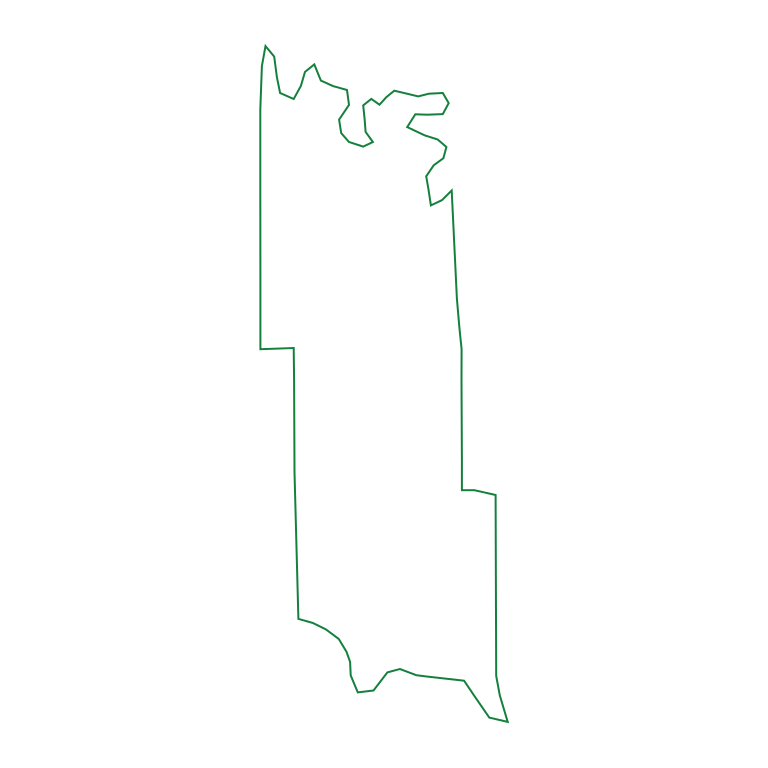 Salvador das Missões, Rio Grande do Sul, Brazil (Albers equal-area conic projection)
{"feature_id": "56859067B44192051528509", "entity_name": "Salvador das Missões", "entity_type": "district", "adm_level": 2, "iso_a3": "BRA", "parent_name": "Brazil", "parent_adm1": "Rio Grande do Sul", "projection": "albers", "projection_center": [-54.83, -28.098], "detail": "fine", "context": "isolated", "style": "outline", "palette": "green", "viewbox_px": 768, "rotation_deg": 0, "n_neighbors": 0, "source": "geoboundaries", "source_scale": "gbopen_adm2", "svg_char_len": 1055}
<svg xmlns="http://www.w3.org/2000/svg" viewBox="0 0 768 768"><path d="M265.5,46.1L261.9,66.0L260.3,109.5L260.3,186.4L260.4,286.9L260.4,349.2L293.7,348.0L294.1,381.0L294.5,472.1L298.4,618.9L312.9,623.0L325.9,629.4L338.8,639.0L346.5,651.8L350.1,661.9L350.7,675.4L357.8,692.4L373.5,690.5L387.4,672.4L399.9,669.0L416.3,675.2L427.4,676.6L464.1,680.7L474.4,696.0L489.3,717.6L507.7,721.9L499.8,695.4L496.2,675.9L495.6,495.0L474.4,490.2L461.9,490.2L461.9,460.2L461.5,380.3L461.6,349.2L459.5,328.8L456.9,298.8L451.7,190.5L442.0,200.1L430.9,205.4L428.4,188.9L426.2,176.3L433.7,165.3L443.4,158.2L446.4,147.0L437.7,139.5L424.8,135.4L407.2,127.1L415.3,114.3L427.4,114.7L442.8,114.1L448.7,103.1L442.8,93.0L428.9,93.7L418.2,96.4L407.0,93.7L394.3,90.7L386.4,97.1L379.5,104.7L371.3,98.9L363.2,105.4L364.6,118.9L365.6,131.9L372.9,142.0L363.2,146.6L349.0,142.0L341.2,133.1L339.1,119.6L349.0,104.9L347.0,90.0L333.1,86.1L320.9,80.6L314.3,64.4L305.0,71.9L300.9,85.9L293.7,99.0L280.1,93.0L276.9,77.2L274.2,56.6L265.5,46.1Z" fill="none" stroke="#15803d" stroke-width="2"/></svg>